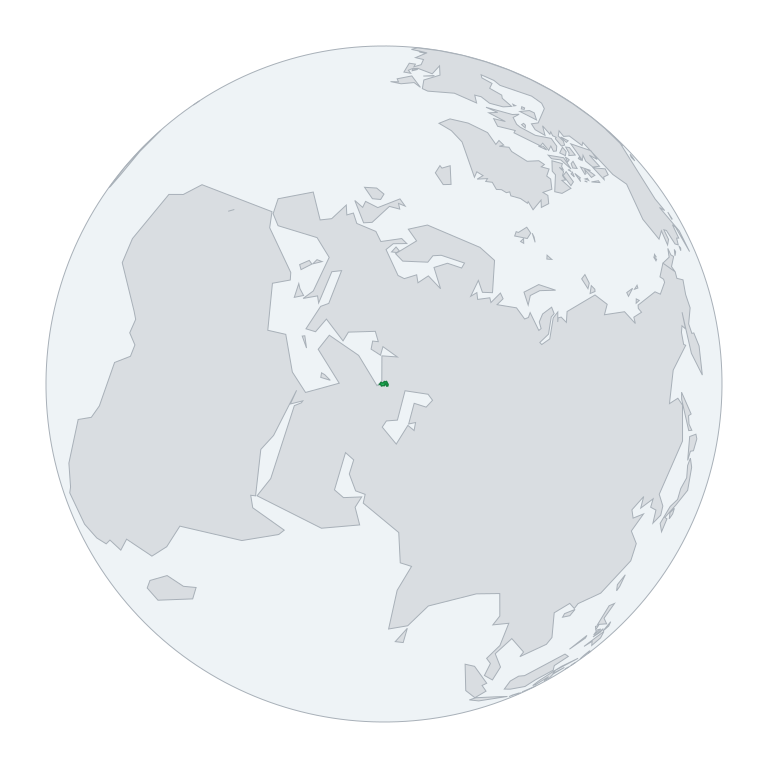 the Earth from above Samegrelo-Zemo Svaneti, rotated 51°
{"feature_id": "GEO-3029", "entity_name": "Samegrelo-Zemo Svaneti", "entity_type": "Region", "adm_level": 1, "iso_a3": "GEO", "parent_name": "Georgia", "parent_adm1": "", "projection": "orthographic", "projection_center": [42.261, 42.648], "detail": "fine", "context": "on_globe", "style": "filled", "palette": "green", "viewbox_px": 768, "rotation_deg": 51, "n_neighbors": 0, "source": "natural_earth", "source_scale": "10m", "svg_char_len": 11865}
<svg xmlns="http://www.w3.org/2000/svg" viewBox="0 0 768 768"><g transform="rotate(51 384 384)"><circle cx="384" cy="384" r="338" fill="#eef3f6" stroke="#a8b0b8"/><path d="M331.3,50.2L333.1,50.1L323.9,51.5L327.0,51.3L338.8,49.8L345.8,49.0L372.6,52.3L410.8,56.9L425.8,56.7L420.2,58.8L450.8,58.2L473.4,63.2L445.9,58.8L441.7,59.6L456.1,63.1L454.8,64.8L461.1,67.8L458.3,69.7L442.4,67.9L440.3,69.4L450.7,71.9L454.4,76.1L439.5,72.0L444.5,79.1L418.9,79.2L381.4,69.7L365.2,74.3L321.3,77.5L323.3,80.0L307.9,83.9L304.6,88.6L297.4,88.6L300.9,92.5L308.1,91.7L312.0,93.3L310.7,96.3L301.3,96.5L300.6,95.0L297.2,96.7L293.0,95.7L294.3,97.9L283.1,98.3L292.1,102.4L281.5,106.5L274.6,105.7L278.1,99.9L270.9,86.1L265.0,84.8L253.2,88.1L224.9,105.9L217.3,107.5L204.8,113.9L207.7,115.3L218.4,110.9L220.7,115.8L233.6,110.7L236.4,112.3L248.6,110.1L243.6,117.0L232.2,125.3L221.9,127.7L216.6,131.7L223.9,135.2L202.3,146.3L183.9,165.7L178.6,168.3L172.8,161.7L179.2,146.1L171.7,140.6L173.3,151.3L160.2,158.9L156.7,163.5L155.5,167.6L159.3,167.7L154.1,172.2L150.6,162.5L155.2,158.3L156.3,161.1L159.2,154.2L156.7,149.1L150.2,154.1L153.3,143.5L148.7,147.3L146.8,147.5L153.9,142.1L141.2,152.1L143.9,146.3L142.4,147.8L159.8,131.2L178.3,115.9L197.9,102.0L218.4,89.4L239.7,78.4L261.8,68.9L284.5,61.1L307.7,54.8L331.3,50.2ZM47.9,349.3L47.6,351.5L47.2,356.7L47.9,349.3ZM46.4,397.6L49.6,427.3L55.6,457.0L58.3,472.2L58.3,474.1L52.4,448.9L48.4,423.4L46.4,397.6ZM349.2,48.6L339.2,49.7L329.0,50.8L337.4,49.5L349.2,48.6ZM368.4,48.7L363.3,49.2L360.3,48.2L364.1,48.2L368.4,48.7ZM436.9,56.7L429.0,55.3L437.1,56.2L436.9,56.7ZM462.4,67.9L465.1,67.9L467.2,69.5L462.4,67.9ZM250.5,106.6L249.5,108.3L247.7,107.8L250.5,106.6ZM256.6,104.2L255.2,102.4L258.0,101.0L258.8,102.2L256.6,104.2ZM464.9,74.2L467.5,77.2L462.1,73.7L464.9,74.2ZM257.7,106.9L263.0,98.9L267.8,96.6L274.8,99.3L257.7,106.9ZM467.2,78.7L473.7,86.7L480.1,87.1L465.6,91.2L464.9,82.6L457.2,78.1L464.1,79.8L467.2,78.7ZM311.0,90.2L303.2,91.2L310.9,87.8L311.0,90.2ZM314.9,87.7L332.9,76.4L343.6,77.0L335.4,80.4L350.4,79.5L346.8,85.2L337.8,87.0L331.5,85.4L334.9,89.0L314.9,87.7ZM456.5,92.5L455.7,94.5L453.5,92.2L456.5,92.5ZM314.2,93.7L316.9,91.1L326.4,91.3L322.8,96.6L320.9,94.8L314.2,93.7ZM356.0,76.7L362.5,78.1L361.4,83.0L363.7,84.3L347.6,85.4L356.0,76.7ZM318.0,96.2L320.7,99.3L315.0,102.0L312.3,96.3L318.0,96.2ZM330.4,89.3L334.7,89.8L331.1,91.1L330.4,89.3ZM296.3,114.3L299.3,110.7L304.5,110.3L296.3,114.3ZM322.1,100.3L324.1,99.4L326.4,99.0L327.0,101.6L322.1,100.3ZM348.0,89.1L346.1,91.0L354.5,88.8L354.0,92.8L343.3,93.0L347.7,94.6L347.6,95.9L339.1,94.7L348.0,89.1ZM334.7,103.3L321.1,105.6L314.4,112.0L309.5,112.4L321.2,102.0L334.7,103.3ZM338.0,98.3L334.9,101.4L330.5,99.9L329.9,97.0L338.0,98.3ZM357.5,95.6L361.0,89.4L363.2,89.6L357.5,95.6ZM333.7,105.3L337.0,104.8L333.7,106.0L333.7,105.3ZM351.1,98.8L352.1,96.5L354.6,96.8L351.1,98.8ZM342.9,105.8L338.4,106.4L337.9,104.3L342.9,105.8ZM347.4,102.8L350.5,103.8L340.4,103.2L347.4,101.7L347.4,102.8ZM353.3,99.5L355.1,98.9L352.6,100.4L353.3,99.5ZM347.5,113.9L334.8,113.6L333.6,108.8L346.1,109.6L347.5,113.9ZM112.7,488.0L101.3,431.9L110.4,420.7L114.6,400.0L179.6,362.6L190.6,374.5L238.7,386.3L244.2,391.4L235.5,407.3L269.1,440.5L283.6,429.1L317.0,447.7L341.2,450.3L355.2,418.3L315.6,413.3L311.7,395.8L345.8,385.7L380.9,390.5L380.5,384.0L360.8,367.9L371.4,356.6L354.3,361.3L359.4,368.6L348.8,372.1L343.5,365.8L347.5,361.8L337.6,357.6L321.3,379.0L324.7,388.7L297.3,387.9L300.3,404.3L292.0,409.9L283.8,384.4L286.6,376.2L269.2,345.6L263.9,353.9L279.9,383.8L273.7,380.2L266.6,393.0L267.2,380.4L251.1,346.9L228.1,343.9L194.3,366.7L181.9,363.0L173.4,349.7L190.3,318.2L216.3,330.4L222.6,320.6L221.2,300.7L229.2,306.5L231.9,300.2L242.1,304.1L260.3,294.3L271.3,296.8L282.1,278.7L289.2,277.9L280.8,288.5L280.8,297.8L308.5,304.8L314.9,301.9L319.7,289.9L326.7,293.9L327.9,281.5L345.6,280.1L324.9,271.8L330.1,258.7L342.7,250.7L340.7,245.3L320.0,258.5L315.1,265.3L316.9,273.3L300.3,292.1L290.0,293.0L293.3,268.6L279.0,267.7L287.8,250.2L338.3,223.4L357.5,220.3L381.3,242.2L374.7,249.8L362.9,245.5L370.4,261.4L371.4,254.3L377.2,258.0L383.6,247.5L388.0,249.6L386.6,236.3L392.7,237.8L393.5,246.2L408.2,233.1L422.0,233.8L423.2,229.9L420.5,225.5L439.8,230.0L439.8,227.0L433.5,224.3L429.4,216.7L429.8,205.4L436.4,207.5L437.2,211.9L448.8,224.8L449.8,236.8L452.6,236.6L453.3,226.8L439.1,210.9L437.4,203.6L445.2,210.0L442.2,207.1L443.5,204.2L450.9,203.5L442.9,196.1L447.6,164.0L462.5,160.4L468.9,169.1L479.2,151.6L495.2,150.6L489.3,147.8L490.3,138.7L485.3,138.8L482.6,136.9L482.9,115.4L488.1,112.7L481.6,102.0L478.6,100.8L474.4,102.1L465.6,91.2L480.1,87.1L486.2,89.9L491.2,86.1L504.3,93.3L517.5,98.2L529.0,109.4L538.4,112.9L539.3,111.1L552.7,115.2L577.4,131.0L553.6,125.8L515.8,107.2L530.9,115.0L526.3,115.8L531.1,120.4L541.8,126.2L543.8,125.2L555.2,150.5L578.9,174.5L580.0,164.6L588.3,165.3L616.2,187.9L642.9,239.5L654.3,244.1L660.1,251.5L661.4,262.6L653.1,252.0L647.6,254.3L642.6,247.1L642.0,262.6L634.9,253.0L637.8,270.5L645.0,274.8L648.3,264.1L653.9,284.3L666.8,288.4L676.7,303.5L682.9,347.2L676.8,371.4L678.2,377.4L671.4,377.7L668.9,395.7L686.7,413.0L688.5,421.6L681.4,450.0L680.1,444.2L662.3,444.9L663.6,467.3L677.3,471.6L682.2,486.0L673.7,489.4L668.2,477.2L661.8,476.9L660.2,458.5L648.5,437.6L639.7,451.0L637.2,440.0L619.7,425.9L605.2,444.3L584.4,489.3L586.8,517.7L577.3,534.6L552.6,503.6L543.1,477.4L533.2,483.9L508.7,466.0L463.5,475.1L457.9,468.1L449.2,473.3L432.1,467.6L423.9,455.3L413.1,457.1L435.1,489.1L446.8,487.0L457.7,472.4L461.6,484.0L478.2,491.6L456.7,523.4L391.0,553.0L386.2,531.5L344.4,467.3L346.6,460.1L346.4,459.2L346.0,457.7L340.6,469.3L333.9,455.9L354.5,502.2L357.3,520.9L390.1,554.2L386.6,557.6L397.6,563.9L434.8,553.5L434.7,560.5L416.2,593.0L366.0,632.1L373.7,655.2L371.7,672.7L342.6,681.7L347.5,693.1L332.8,695.2L333.4,700.5L322.9,704.1L304.5,704.9L270.8,696.7L266.8,692.4L247.2,678.7L219.1,644.0L225.7,632.4L221.9,619.0L197.7,579.8L202.9,563.6L196.9,553.0L184.2,549.4L177.5,536.3L170.0,532.3L125.0,511.1L112.7,488.0ZM154.2,390.5L151.7,396.4L154.2,390.5ZM416.4,412.5L438.4,412.3L431.2,391.5L439.1,389.9L433.8,383.7L430.6,390.0L418.0,372.7L428.5,365.8L427.2,356.5L419.7,356.2L402.5,371.9L420.5,396.3L414.2,405.4L416.4,412.5ZM160.4,159.4L160.5,160.4L158.3,165.0L157.3,163.8L160.4,159.4ZM161.4,181.8L153.1,188.6L158.3,182.6L155.1,181.7L162.1,168.5L176.4,169.0L168.7,170.9L161.4,181.8ZM175.5,152.0L169.4,159.7L175.5,151.4L175.5,152.0ZM236.4,264.5L238.5,270.5L232.7,276.4L218.9,275.3L227.1,266.4L236.4,264.5ZM243.0,277.8L250.2,255.1L259.1,255.6L252.8,259.1L258.0,261.7L249.4,268.0L250.9,291.5L245.9,298.4L223.0,291.2L233.3,289.4L230.5,283.4L243.0,277.8ZM252.7,203.1L256.0,195.2L271.1,206.3L266.3,212.5L252.2,211.2L249.5,203.1L252.7,203.1ZM269.0,113.9L269.3,111.5L271.9,111.2L273.8,113.1L269.0,113.9ZM297.3,112.6L270.6,124.9L269.6,122.5L255.2,133.5L246.8,131.8L256.4,124.5L239.2,131.9L244.5,124.7L233.1,130.6L255.3,114.7L259.4,109.2L258.1,115.9L265.7,117.5L270.2,116.5L286.0,109.9L298.4,99.5L307.9,100.1L311.4,103.4L309.8,105.9L304.1,104.6L306.1,109.0L296.7,109.1L297.3,112.6ZM345.8,150.6L339.9,146.2L342.4,158.5L333.0,157.2L333.8,158.8L325.8,161.2L317.6,167.0L313.8,165.4L312.3,168.5L306.9,170.4L303.5,174.2L295.4,172.9L290.6,177.5L289.5,174.3L283.4,182.7L284.4,175.9L277.5,178.3L280.2,183.6L245.0,171.0L229.5,172.2L216.0,177.2L219.5,165.9L234.2,154.4L253.8,145.3L268.2,146.3L267.1,141.4L273.7,140.6L271.8,144.8L278.7,137.9L283.6,138.5L301.0,132.6L307.9,123.2L314.4,121.2L314.2,125.1L320.8,120.4L324.8,126.7L329.6,125.5L338.3,131.0L335.1,139.9L340.6,138.0L347.5,142.5L345.8,150.6ZM349.6,115.6L347.9,125.7L342.0,130.3L329.3,119.1L324.5,119.3L316.2,113.0L325.0,106.7L326.6,109.0L330.2,109.8L325.9,111.4L332.0,110.8L334.3,114.1L339.7,114.5L337.7,117.6L349.6,115.6ZM252.3,387.0L256.9,389.3L264.6,390.8L260.2,399.2L252.3,387.0ZM240.9,364.3L245.4,364.6L242.9,376.5L238.1,374.4L240.9,364.3ZM249.9,355.1L245.8,363.7L245.2,357.8L249.9,355.1ZM285.1,288.4L290.1,288.3L289.8,291.4L286.1,295.0L285.1,288.4ZM351.2,189.3L348.8,185.4L350.8,184.2L352.0,174.4L359.1,175.0L361.1,181.1L351.2,189.3ZM347.3,423.4L339.1,429.0L336.0,425.5L339.4,424.2L347.3,423.4ZM296.7,415.2L307.3,421.6L295.3,417.4L296.7,415.2ZM359.2,188.2L358.8,184.0L362.6,186.9L359.2,188.2ZM364.3,174.9L369.0,177.4L360.1,173.9L364.3,174.9ZM430.6,667.9L409.8,695.7L393.5,696.4L389.4,689.5L396.4,673.1L415.0,667.2L423.9,658.1L430.6,667.9ZM708.3,477.2L710.2,471.9L709.8,473.3L708.3,477.2ZM706.6,479.8L709.3,473.0L705.6,483.5L706.6,479.8ZM710.2,470.4L712.9,460.9L714.1,455.8L713.5,458.8L710.2,470.4ZM704.5,484.7L689.9,509.8L683.2,516.5L685.6,510.1L696.4,495.4L704.5,484.7ZM685.0,510.8L673.7,513.4L652.8,497.3L660.4,491.3L681.2,492.5L680.0,497.5L686.9,498.0L685.0,510.8ZM709.2,452.4L707.8,464.8L700.6,478.0L696.8,482.5L694.3,472.8L695.8,463.2L699.1,458.3L707.8,413.3L711.7,412.2L710.0,428.9L712.9,432.6L709.2,452.4ZM588.5,519.6L597.0,531.8L591.3,537.4L588.5,519.6ZM708.2,387.5L706.8,406.8L707.1,384.5L708.2,387.5ZM706.6,369.1L708.2,374.1L705.5,372.2L706.6,369.1ZM681.0,385.4L677.6,392.0L676.1,388.2L679.4,377.4L681.0,385.4ZM684.1,316.5L689.7,328.3L691.1,333.4L686.8,328.9L684.1,316.5ZM419.1,191.6L409.5,204.2L407.3,214.6L413.4,222.3L400.7,217.4L404.1,201.2L419.1,191.6ZM443.4,166.9L438.0,161.0L443.0,160.5L444.9,161.8L443.4,166.9ZM438.3,165.5L426.7,164.2L425.4,159.0L434.8,161.0L438.3,165.5ZM392.8,175.2L389.4,178.8L386.5,176.2L392.8,175.2ZM721.8,393.6L721.7,395.0L721.8,391.2L721.8,393.6ZM720.0,418.5L719.7,421.9L719.4,422.7L720.0,418.5ZM720.7,412.6L720.4,416.1L720.6,412.8L720.9,410.2L720.7,412.6ZM714.4,430.9L715.2,435.1L717.8,422.2L715.8,434.9L716.6,440.3L715.5,446.5L715.0,440.2L713.2,454.7L711.9,458.2L712.2,449.5L714.0,432.6L715.2,423.5L719.3,405.8L714.4,430.9ZM721.0,404.5L720.7,399.0L720.7,391.8L721.2,393.4L721.0,404.5ZM717.9,387.1L715.0,384.2L713.8,393.7L714.7,368.8L717.6,375.5L717.9,387.1ZM713.0,372.1L712.1,380.8L712.1,367.5L713.0,372.1ZM711.0,379.1L709.3,373.1L710.8,369.7L711.0,379.1ZM713.8,369.5L711.4,357.4L713.5,361.7L713.8,369.5ZM704.5,360.4L710.5,361.9L705.3,369.3L698.0,348.6L699.6,343.0L704.5,360.4ZM668.3,247.2L663.9,242.6L663.4,236.6L666.6,241.4L668.3,247.2ZM657.7,214.9L661.8,233.6L664.5,249.7L666.9,249.0L673.5,261.3L666.1,257.1L659.3,238.7L658.5,228.5L652.0,219.2L647.4,207.8L638.4,199.3L634.4,192.5L642.3,197.3L657.7,214.9ZM634.5,196.1L617.2,179.5L619.3,173.2L623.5,175.4L630.6,185.5L629.1,188.2L634.5,196.1ZM613.7,173.9L612.0,176.5L583.2,162.3L577.6,157.9L600.6,164.2L600.3,167.3L607.1,172.2L613.7,173.9ZM459.4,95.1L456.0,94.6L458.6,93.6L459.4,95.1ZM479.9,137.2L476.6,134.4L479.7,133.0L479.9,137.2ZM469.2,126.3L468.0,129.7L466.5,125.2L469.2,126.3ZM465.7,137.8L466.1,130.6L469.7,138.8L465.7,137.8Z" fill="#d9dde1" stroke="#a8b0b8" stroke-width="1"/><path d="M384.4,380.5L384.7,380.6L384.9,380.7L385.1,380.8L385.4,381.1L385.5,381.1L385.8,380.9L386.1,380.9L386.3,380.9L386.6,381.0L386.8,381.2L387.2,381.3L387.2,381.5L387.4,381.8L387.9,382.2L387.9,382.3L387.7,382.6L387.6,382.8L387.5,383.0L387.4,382.9L387.1,382.8L386.8,382.9L386.3,382.7L386.2,382.7L386.1,382.8L385.8,382.8L385.2,382.6L384.9,382.7L384.9,382.8L384.6,382.9L384.4,383.1L384.6,383.3L385.1,383.6L385.3,383.8L385.2,384.1L385.5,384.7L385.4,384.8L385.2,384.8L385.0,385.1L384.9,385.2L384.8,385.3L384.8,385.6L384.5,385.9L384.3,386.2L384.2,386.4L384.2,386.5L384.1,387.0L383.9,387.2L383.6,387.1L383.3,387.1L383.1,386.9L382.9,386.9L382.3,387.0L382.1,387.0L381.8,387.0L381.7,387.2L381.7,387.3L381.6,387.5L381.5,387.2L381.4,387.2L381.4,386.8L381.3,386.6L381.1,385.7L380.9,385.5L380.9,385.4L381.0,385.4L381.3,385.2L381.6,385.0L382.0,384.7L382.4,384.4L382.5,384.2L382.6,383.8L382.5,383.6L382.5,383.3L382.4,383.0L382.4,382.9L382.5,382.9L382.6,382.7L382.5,382.3L382.5,382.2L382.4,382.1L382.5,382.0L382.9,381.9L383.1,381.8L383.2,381.7L383.3,381.6L383.4,381.4L383.5,381.3L383.4,381.1L383.4,380.9L383.5,380.8L383.5,380.6L384.4,380.5L384.4,380.5Z" fill="#22c55e" stroke="#15803d" stroke-width="1.5"/></g></svg>